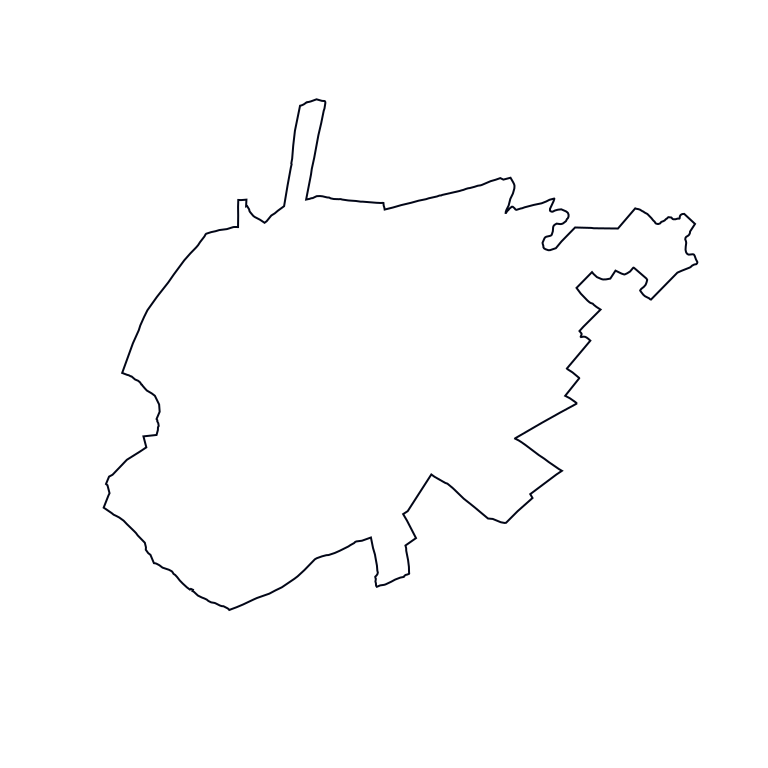 Balasesti, Galati, Romania, rotated 111°
{"feature_id": "2599482B78270721119928", "entity_name": "Balasesti", "entity_type": "district", "adm_level": 2, "iso_a3": "ROU", "parent_name": "Romania", "parent_adm1": "Galati", "projection": "equal_earth", "projection_center": [27.624, 46.103], "detail": "fine", "context": "isolated", "style": "outline", "palette": "ink", "viewbox_px": 768, "rotation_deg": 111, "n_neighbors": 0, "source": "geoboundaries", "source_scale": "gbopen_adm2", "svg_char_len": 6154}
<svg xmlns="http://www.w3.org/2000/svg" viewBox="0 0 768 768"><g transform="rotate(111 384 384)"><path d="M308.2,604.2L310.6,604.5L317.6,606.6L321.0,607.3L323.8,608.3L331.5,611.6L340.1,614.8L357.1,619.5L366.5,621.8L384.0,627.2L399.9,631.3L407.3,632.0L416.7,632.5L421.7,632.2L436.0,633.0L467.5,632.4L467.5,627.1L467.3,625.4L467.6,623.2L467.4,622.4L469.0,618.0L469.1,614.7L469.9,612.3L471.5,610.2L471.4,609.7L472.0,609.0L473.9,605.5L475.1,603.0L476.0,597.5L477.1,593.7L483.7,586.6L490.3,583.5L498.2,583.8L499.1,582.6L500.1,582.3L501.5,580.7L503.9,579.3L505.4,579.5L508.0,578.6L513.1,578.1L519.1,589.8L528.3,583.2L534.8,587.8L546.9,596.9L566.0,604.9L569.0,607.5L577.0,607.7L577.6,605.9L584.3,601.1L587.0,601.3L599.9,601.4L602.1,592.0L602.9,589.6L603.1,586.9L603.5,583.4L604.9,578.1L607.0,573.7L611.1,564.1L612.1,562.0L613.6,559.7L617.9,550.4L621.8,547.7L624.1,547.0L626.4,543.5L627.2,540.8L633.7,534.6L633.3,532.9L633.3,531.9L633.7,528.7L634.8,525.0L634.5,518.2L634.9,515.0L635.5,513.9L636.7,512.4L637.1,510.5L638.4,507.9L640.6,504.3L642.4,500.4L644.5,495.1L645.5,491.5L644.5,490.9L644.6,488.6L645.9,488.7L646.1,487.1L648.2,481.9L648.6,477.5L648.6,474.8L648.8,472.2L649.5,470.2L649.8,467.1L649.1,463.7L649.1,462.7L649.6,457.8L649.5,455.8L649.0,454.2L649.5,449.6L649.9,448.3L650.4,447.5L645.2,441.6L640.4,436.6L631.8,428.4L629.3,425.9L620.8,415.9L615.5,411.3L610.4,406.5L597.9,397.8L594.5,395.7L586.2,391.6L572.4,385.7L570.7,384.3L567.1,380.1L564.5,376.5L563.5,374.4L559.4,369.4L555.6,365.6L548.4,359.0L546.4,357.6L543.2,354.9L541.8,354.3L541.3,353.8L540.9,353.4L538.2,348.4L532.0,341.2L541.0,335.5L546.5,331.3L548.7,330.0L556.1,325.5L560.7,323.3L562.2,322.2L563.9,322.0L565.5,322.4L567.0,323.1L568.0,322.6L568.8,321.8L571.5,321.2L573.0,320.1L574.8,319.3L575.4,318.8L575.9,318.0L573.4,315.4L571.5,312.0L570.6,310.8L566.0,306.4L562.6,303.5L558.9,299.4L557.0,296.4L556.2,296.3L554.6,295.5L553.4,293.8L552.2,292.6L551.8,292.6L550.9,293.1L545.8,295.2L539.8,298.4L531.7,303.5L529.3,304.5L527.1,306.1L516.4,298.9L503.3,313.6L498.6,319.5L494.2,316.3L451.5,307.4L452.5,303.6L453.5,297.2L454.4,291.3L454.3,289.1L456.6,282.3L462.5,268.4L466.4,256.0L472.3,238.7L471.0,234.1L471.2,225.4L470.5,221.6L469.8,220.3L454.9,213.7L437.2,204.5L434.4,208.0L406.7,190.6L401.3,186.8L400.7,190.3L397.9,202.0L396.3,207.6L394.9,213.9L390.3,229.9L389.0,235.1L388.4,238.1L388.0,242.1L387.7,242.1L363.9,222.9L347.9,209.6L333.5,197.3L332.7,197.6L332.3,199.0L330.7,205.4L330.1,210.6L308.7,203.8L308.4,204.0L307.8,205.7L305.6,212.2L304.4,218.1L304.0,218.8L269.6,206.9L268.6,209.4L268.0,211.6L267.9,213.3L268.3,214.7L269.6,216.9L269.4,217.3L267.0,217.3L266.1,217.7L264.5,220.5L259.1,218.4L236.9,208.5L235.9,213.3L234.9,216.5L234.2,217.9L234.3,220.1L234.1,221.3L233.2,223.9L229.1,232.7L225.3,238.7L205.0,229.9L206.2,227.8L207.9,223.5L208.1,218.4L207.9,216.9L206.7,214.1L204.5,210.5L195.2,208.5L195.8,201.9L195.7,199.4L195.5,198.6L193.7,196.8L190.8,194.6L186.2,193.0L185.9,192.6L186.2,191.5L191.5,176.8L192.5,175.6L195.1,175.3L197.6,175.3L200.1,176.2L203.0,177.9L204.8,178.4L205.4,177.8L207.7,174.0L208.5,171.9L208.9,168.4L208.9,167.5L209.5,166.0L209.5,165.0L174.9,150.0L171.7,146.8L165.7,140.3L164.8,139.6L163.1,138.8L161.3,137.2L160.2,135.4L159.2,135.0L158.3,135.0L157.7,135.3L155.9,137.4L153.1,139.8L152.2,140.9L152.1,141.4L152.2,142.2L154.0,145.8L154.0,147.0L153.6,148.1L152.6,149.3L150.6,150.6L147.4,151.6L144.0,152.4L142.6,153.2L141.0,154.6L139.6,154.9L138.3,154.6L136.5,153.2L135.2,152.6L133.4,152.5L132.0,152.9L123.1,151.0L117.6,164.7L118.5,166.5L119.8,167.6L121.2,167.9L123.5,167.4L123.8,167.6L124.4,169.2L125.8,171.0L126.5,172.9L126.5,173.7L125.6,175.4L126.3,178.2L126.9,178.7L127.9,179.0L128.9,179.8L130.7,180.6L131.8,181.5L133.3,183.2L135.1,183.8L136.3,185.2L136.6,186.1L136.7,187.7L136.4,188.4L135.5,189.5L134.8,191.3L133.3,193.8L130.9,199.0L130.5,202.4L130.1,203.5L130.1,204.6L129.5,207.6L129.6,209.2L130.0,211.3L130.0,212.4L155.0,221.3L163.4,243.9L164.0,246.4L169.4,261.7L187.3,269.4L195.6,272.2L199.5,276.9L200.2,278.5L200.3,281.6L200.0,283.2L199.2,284.2L198.0,284.7L196.2,286.1L195.3,286.6L190.4,286.4L189.2,286.0L188.3,285.2L186.3,282.2L185.6,281.4L184.6,280.9L181.0,281.1L176.9,282.3L175.5,282.3L174.3,281.8L172.4,280.3L171.7,277.3L171.2,276.0L170.6,275.1L169.9,274.4L166.8,272.5L164.4,272.3L163.5,271.8L161.7,271.7L159.9,272.3L158.5,273.5L158.1,274.2L157.6,276.0L157.4,281.1L158.9,284.0L159.6,285.0L160.8,286.6L162.7,288.3L163.0,289.1L163.0,290.6L162.4,291.3L160.9,291.8L152.7,291.2L150.5,291.3L150.0,291.4L149.9,291.6L152.7,295.5L155.5,298.0L158.8,301.6L163.1,308.3L168.7,316.1L170.4,318.0L171.2,319.3L173.9,322.7L174.0,323.3L173.9,323.9L173.1,325.2L172.4,327.3L172.7,328.2L175.2,329.7L176.9,330.2L178.5,331.0L180.6,331.4L180.7,331.7L179.7,332.0L177.6,332.1L172.7,331.6L165.9,332.4L160.0,331.9L154.7,332.4L152.2,333.2L150.9,334.1L149.4,335.7L146.1,339.8L150.4,345.8L150.1,349.2L153.4,353.1L156.4,357.1L162.9,363.8L163.9,365.0L165.3,367.5L167.5,370.2L170.3,374.1L171.2,375.7L172.5,377.4L174.3,379.4L175.5,381.1L176.7,382.6L186.7,397.5L187.4,398.1L188.2,399.8L189.9,401.7L194.6,408.8L196.4,411.0L200.4,417.3L205.0,423.5L210.8,432.0L216.1,439.0L220.9,445.9L219.2,446.9L217.6,448.2L215.2,449.4L215.4,450.2L216.1,451.7L217.5,455.9L221.4,469.2L222.1,471.0L223.2,475.8L225.4,483.0L226.8,489.2L226.9,490.6L227.8,492.8L229.3,497.2L229.8,500.3L229.6,502.0L230.2,503.9L230.8,508.6L231.5,511.2L232.8,514.2L236.0,517.2L236.6,518.4L237.8,519.8L239.7,522.8L214.7,527.2L209.1,528.5L197.9,530.2L175.3,534.4L163.0,536.1L150.5,538.2L148.1,538.3L142.5,539.5L141.5,540.1L141.1,540.8L141.9,543.4L142.4,549.0L146.4,553.6L147.7,555.4L148.5,556.9L148.8,556.9L149.5,557.8L149.9,557.9L151.8,559.2L153.4,560.8L154.3,562.1L179.5,557.9L193.9,554.2L206.5,550.5L211.3,549.6L211.9,549.0L215.5,548.5L233.1,545.2L253.8,541.0L260.3,545.2L263.8,547.1L267.1,549.6L274.1,551.9L276.3,553.3L275.1,558.5L274.4,564.6L273.9,566.3L271.5,570.6L270.7,571.6L269.3,572.5L266.9,575.6L267.6,576.4L261.2,578.5L263.5,583.3L264.4,586.0L271.0,583.7L279.0,580.5L289.8,576.5L290.8,579.4L291.5,580.9L295.7,586.2L299.3,592.9L301.7,596.0L304.1,599.7L307.4,603.8L308.2,604.2Z" fill="none" stroke="#020617" stroke-width="2"/></g></svg>